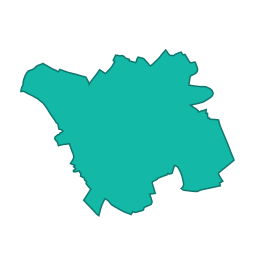 Phu Ly, Hà Nam, Vietnam (Mercator projection), rotated 75°
{"feature_id": "81297802B99776560080545", "entity_name": "Phu Ly", "entity_type": "district", "adm_level": 2, "iso_a3": "VNM", "parent_name": "Vietnam", "parent_adm1": "Hà Nam", "projection": "mercator", "projection_center": [105.916, 20.538], "detail": "fine", "context": "isolated", "style": "filled", "palette": "teal", "viewbox_px": 256, "rotation_deg": 75, "n_neighbors": 0, "source": "geoboundaries", "source_scale": "gbopen_adm2", "svg_char_len": 4043}
<svg xmlns="http://www.w3.org/2000/svg" viewBox="0 0 256 256"><g transform="rotate(75 128 128)"><path d="M134.4,47.4L133.9,49.0L130.4,47.6L130.8,55.6L130.1,55.7L129.6,55.7L129.1,56.0L128.3,56.5L127.0,57.5L123.9,60.3L122.9,61.1L122.1,61.7L122.2,58.5L122.4,54.7L122.4,52.2L122.4,49.1L122.1,47.5L121.6,45.8L120.6,42.4L119.8,40.3L118.8,38.5L117.9,37.5L116.9,37.0L115.9,36.8L114.2,37.0L112.8,37.4L111.2,38.7L109.0,41.3L108.1,42.7L107.6,44.2L107.0,46.6L106.3,48.7L104.8,52.6L103.7,55.1L102.5,57.6L102.3,58.2L93.9,54.4L93.9,54.2L93.5,52.0L92.9,49.3L92.3,47.8L91.6,46.9L90.7,46.1L90.1,45.8L88.9,45.6L87.9,45.5L85.3,45.7L82.3,46.0L81.6,46.2L81.4,49.8L81.0,51.1L80.6,51.3L76.4,52.6L74.8,53.0L73.0,53.5L71.7,53.9L71.6,54.5L71.5,56.0L71.4,56.1L70.8,56.4L68.5,57.0L68.5,58.6L68.8,61.5L69.1,63.5L69.8,65.0L70.0,65.3L69.2,66.8L69.0,68.0L68.7,68.8L67.7,69.3L66.6,69.8L64.4,70.6L62.4,71.4L64.1,74.0L68.8,80.4L70.9,84.3L72.7,87.5L73.4,89.2L73.8,90.3L73.3,90.7L72.8,91.1L72.3,91.5L71.4,91.6L69.0,92.8L67.9,93.4L65.2,94.8L64.6,95.4L63.4,97.7L62.3,99.5L62.2,99.8L62.2,100.0L62.5,100.4L63.7,101.4L66.4,103.1L66.7,103.9L63.4,109.4L62.4,109.0L61.9,109.1L60.1,112.1L59.7,112.5L59.0,112.8L57.6,113.6L57.2,114.1L56.8,114.5L56.5,115.1L56.4,115.7L56.2,117.4L56.0,117.9L55.1,119.1L55.0,120.2L54.4,121.1L58.9,124.8L60.4,123.6L63.2,126.3L64.6,127.8L65.1,128.4L65.6,129.0L69.2,135.0L69.6,135.8L64.4,140.3L67.8,144.4L74.0,152.5L75.8,154.2L74.5,154.1L71.3,154.7L67.9,155.6L66.4,158.3L64.8,161.0L63.2,163.4L60.9,167.7L59.2,170.6L59.0,171.2L53.8,178.7L55.7,180.8L53.4,183.1L51.4,185.6L48.6,188.5L46.9,190.1L45.6,191.6L43.6,193.4L44.0,195.4L44.3,199.1L44.7,200.5L45.9,202.5L46.6,204.0L47.0,207.7L47.1,209.5L48.6,211.7L50.6,213.6L54.1,216.1L57.3,217.7L58.6,217.9L62.0,220.6L64.3,221.7L65.1,222.0L65.4,219.7L66.3,218.4L69.0,215.7L70.8,213.5L72.3,211.8L76.7,207.3L78.4,206.2L82.0,203.6L84.4,202.5L88.4,201.1L91.4,200.2L94.6,199.2L98.1,198.0L101.5,196.7L103.4,196.2L104.8,195.5L106.4,194.5L108.1,194.8L111.1,195.1L111.6,194.2L112.5,192.8L113.7,191.7L114.2,191.7L114.7,192.1L115.0,193.1L115.2,194.9L115.5,195.1L116.1,195.5L116.4,196.1L116.4,197.5L116.8,198.5L117.7,200.5L118.1,200.9L119.1,201.5L120.3,201.4L121.8,200.6L122.7,200.1L124.1,199.9L125.8,199.8L127.1,199.7L127.0,197.5L127.2,194.5L127.7,191.4L128.0,189.1L128.0,188.6L129.9,188.6L130.6,188.5L131.0,188.4L132.7,188.4L134.6,188.2L137.4,187.9L138.6,187.7L139.7,187.7L141.2,187.8L142.2,188.0L143.3,188.6L144.7,189.8L146.2,191.4L147.5,192.8L148.5,191.4L150.3,189.0L151.3,190.5L153.5,189.1L153.9,189.2L154.2,189.7L154.7,191.3L155.2,191.9L155.8,191.9L156.2,191.9L156.8,189.7L156.8,186.1L158.5,186.0L159.9,185.3L162.2,186.3L164.1,184.2L164.9,183.2L166.1,183.3L167.1,183.3L169.3,181.9L170.0,182.4L170.5,182.8L171.1,182.8L174.2,181.5L176.2,180.4L177.4,179.7L186.3,189.5L198.5,182.9L202.9,180.6L205.2,178.9L200.3,176.1L196.9,174.1L194.2,172.0L191.8,170.0L190.3,168.4L193.2,165.8L197.6,163.9L200.3,161.5L204.4,157.3L208.3,153.1L211.2,148.9L212.4,147.4L210.0,145.0L211.4,143.1L211.5,140.6L211.4,138.9L211.4,136.4L211.2,134.4L210.9,134.1L209.5,133.4L209.1,133.0L208.8,132.6L208.5,129.8L208.0,127.1L207.8,125.7L207.1,124.9L206.6,124.5L205.7,123.9L204.6,123.8L197.5,124.1L197.6,123.3L198.2,118.6L194.2,118.7L187.6,118.9L186.6,118.5L186.1,117.8L185.5,114.7L185.0,112.9L184.3,112.4L183.6,106.3L183.3,102.4L182.3,101.7L182.2,101.1L182.7,100.5L183.2,100.3L183.2,97.2L180.2,95.3L176.3,92.9L176.8,91.8L178.1,90.4L179.5,89.8L181.8,89.2L184.2,88.7L188.3,88.3L190.7,88.3L195.2,88.6L197.0,88.9L198.5,89.8L199.6,91.0L200.2,91.9L200.2,92.1L202.0,90.9L203.2,88.7L203.7,87.2L205.8,82.1L207.2,77.9L207.2,77.3L207.1,76.4L206.8,74.5L206.6,73.5L206.7,73.1L206.8,71.1L207.7,53.8L204.7,53.7L204.4,52.0L204.0,50.2L199.4,51.7L197.0,52.3L196.6,52.3L195.0,52.4L192.9,48.1L191.1,43.9L186.6,34.0L184.9,34.0L183.1,34.3L178.4,34.9L178.0,35.0L174.2,35.3L167.2,36.1L162.3,36.8L159.8,37.1L149.6,38.5L143.6,38.5L143.0,40.1L142.2,42.1L141.4,44.6L140.5,47.0L139.5,46.7L139.2,48.1L138.0,48.1L136.1,47.9L134.4,47.4Z" fill="#14b8a6" stroke="#0f766e" stroke-width="1.5"/></g></svg>